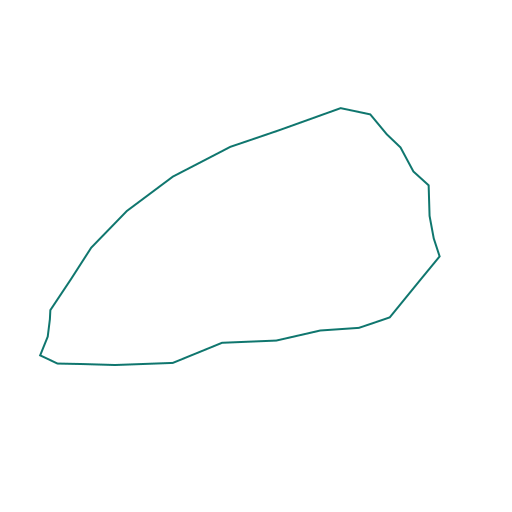 the district of Hofors, Gävleborg, Sweden, rotated 292°
{"feature_id": "70781695B62100483486123", "entity_name": "Hofors", "entity_type": "district", "adm_level": 2, "iso_a3": "SWE", "parent_name": "Sweden", "parent_adm1": "Gävleborg", "projection": "mercator", "projection_center": [16.413, 60.511], "detail": "fine", "context": "isolated", "style": "outline", "palette": "teal", "viewbox_px": 512, "rotation_deg": 292, "n_neighbors": 0, "source": "geoboundaries", "source_scale": "gbopen_adm2", "svg_char_len": 540}
<svg xmlns="http://www.w3.org/2000/svg" viewBox="0 0 512 512"><g transform="rotate(292 256 256)"><path d="M324.4,426.4L338.9,414.2L358.2,401.9L386.2,389.6L393.3,370.3L410.8,349.3L417.8,331.7L430.1,308.9L424.8,279.1L381.0,230.0L347.6,191.3L298.5,149.2L249.4,119.4L202.0,100.1L165.1,93.1L128.8,85.6L120.1,88.6L103.2,93.1L83.0,93.1L82.9,95.3L81.9,112.2L90.9,135.8L102.1,166.1L125.7,218.9L162.8,257.0L185.2,306.5L211.0,343.5L227.9,378.3L245.1,398.3L249.2,403.0L296.7,417.7L324.4,426.4Z" fill="none" stroke="#0f766e" stroke-width="2"/></g></svg>